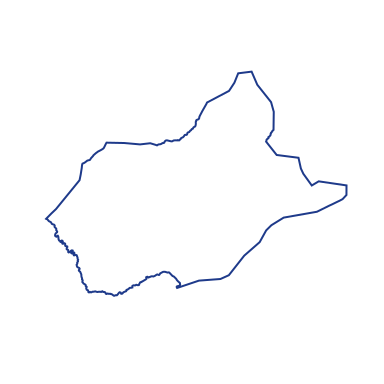 Erdenebu'ren, Hovd, Mongolia (Natural Earth projection), rotated 157°
{"feature_id": "93677404B52597383126449", "entity_name": "Erdenebu'ren", "entity_type": "district", "adm_level": 2, "iso_a3": "MNG", "parent_name": "Mongolia", "parent_adm1": "Hovd", "projection": "natural_earth1", "projection_center": [91.409, 48.452], "detail": "fine", "context": "isolated", "style": "outline", "palette": "blue", "viewbox_px": 384, "rotation_deg": 157, "n_neighbors": 0, "source": "geoboundaries", "source_scale": "gbopen_adm2", "svg_char_len": 6105}
<svg xmlns="http://www.w3.org/2000/svg" viewBox="0 0 384 384"><g transform="rotate(157 192 192)"><path d="M56.2,126.6L51.0,128.9L47.2,137.7L71.2,152.3L79.2,151.2L82.4,165.3L82.6,171.1L80.6,181.9L99.6,193.0L104.1,209.4L103.6,209.8L103.2,210.7L102.7,211.1L102.0,211.4L101.0,211.6L100.7,211.6L100.4,212.0L100.3,212.6L100.0,212.8L99.7,212.8L99.3,212.8L98.9,212.9L98.6,213.1L98.0,213.4L97.7,213.5L97.6,213.8L97.0,214.4L96.8,215.0L96.6,215.2L96.2,215.3L96.1,215.6L95.7,215.8L94.8,216.2L94.5,216.3L94.4,216.6L94.0,216.9L92.7,217.3L85.4,233.9L84.1,243.8L90.0,265.2L90.1,279.5L103.1,283.2L110.3,276.0L118.4,270.6L143.2,268.5L144.5,267.3L150.7,262.6L155.1,259.0L155.8,258.3L156.1,258.0L156.3,257.5L156.7,257.0L157.6,256.4L157.8,256.4L158.3,256.5L159.6,256.5L159.9,256.4L160.3,256.1L160.6,255.4L161.2,255.0L161.8,253.3L162.4,252.3L162.9,251.6L163.5,251.1L164.4,251.1L165.5,250.8L166.0,250.4L166.4,250.0L166.7,249.9L167.3,250.0L167.8,249.9L168.6,249.3L168.9,249.2L169.3,249.2L169.7,249.1L170.3,248.8L171.1,248.3L171.6,248.3L172.5,248.4L173.0,248.2L173.3,248.0L173.9,247.1L174.3,246.8L175.0,246.8L175.9,247.3L176.3,247.3L177.0,247.0L177.7,246.4L179.0,245.9L179.9,245.9L180.6,245.9L181.0,245.8L181.3,245.6L181.7,245.2L182.5,245.1L183.4,244.5L183.9,244.6L184.4,244.9L184.7,245.3L185.2,245.2L187.5,246.2L188.4,246.5L188.9,246.6L190.3,246.4L190.7,246.5L191.4,246.8L194.8,249.3L195.7,249.6L196.1,249.6L196.8,249.4L197.6,249.0L198.2,248.3L198.6,248.2L199.1,248.2L199.5,248.5L200.0,248.5L200.6,248.5L201.1,248.3L201.9,248.3L202.8,248.4L203.9,248.8L205.1,248.8L206.0,248.6L206.4,249.0L207.3,249.8L211.4,253.2L221.2,256.1L235.3,263.6L251.4,270.8L252.7,269.8L253.4,269.2L253.8,268.8L254.9,267.9L255.8,267.1L256.4,266.8L257.3,266.5L258.7,266.3L259.5,266.2L261.8,266.0L262.4,266.0L265.4,265.3L268.4,264.3L269.2,263.7L269.7,263.5L271.7,262.6L273.3,261.5L273.7,261.4L275.2,261.7L276.1,261.8L277.6,261.4L279.2,261.0L279.9,260.9L281.7,260.9L282.3,260.3L283.0,259.2L284.1,257.2L287.8,251.3L290.9,246.8L323.9,229.4L329.8,227.2L336.8,224.3L336.6,224.0L336.1,223.7L335.8,223.3L335.6,222.7L335.4,222.0L335.2,221.3L334.9,220.8L333.8,219.5L333.6,218.9L333.5,217.5L332.7,216.6L331.9,216.0L331.6,215.5L331.5,214.7L332.1,213.8L332.1,213.2L331.6,212.2L331.3,211.3L331.5,210.7L331.9,210.0L331.6,208.5L331.6,208.1L331.9,207.7L332.9,207.4L333.7,207.1L334.3,206.6L334.9,205.8L335.1,205.1L334.9,204.7L334.6,204.4L334.5,204.0L334.2,203.8L333.0,204.3L332.6,204.2L332.5,203.5L332.6,202.8L333.3,200.6L333.3,199.3L332.6,198.3L332.6,197.5L332.4,197.3L332.2,197.4L331.7,198.0L331.4,198.2L330.8,198.2L330.5,197.9L330.3,197.7L330.3,197.2L330.3,196.8L330.4,196.5L330.6,196.3L331.2,196.1L331.4,195.8L331.5,195.2L331.4,195.0L331.1,194.8L330.7,194.7L330.2,194.8L329.6,194.8L329.2,194.4L329.0,194.0L329.0,193.6L329.4,192.9L329.7,192.2L329.6,191.7L328.5,191.0L328.1,190.6L328.2,190.1L328.8,189.8L329.4,189.1L329.7,188.4L329.6,188.0L328.9,187.5L328.7,187.1L328.7,186.7L329.2,185.6L329.4,185.0L329.2,184.6L328.4,184.5L327.5,184.7L326.6,185.1L325.7,185.3L325.0,185.0L324.7,184.7L324.8,184.5L325.8,184.4L326.3,184.1L326.9,183.4L327.0,182.9L326.7,182.5L326.3,182.2L324.7,182.7L324.4,182.6L324.1,182.1L324.1,181.7L325.3,180.9L325.5,180.4L325.5,179.9L324.9,179.6L324.1,179.6L323.5,179.5L323.1,179.1L322.8,178.7L322.9,178.2L323.0,177.4L322.9,176.6L323.4,175.3L323.3,174.1L323.8,173.8L324.0,173.6L324.0,173.0L324.1,172.6L325.2,172.0L325.3,171.5L325.5,171.0L326.1,170.5L326.6,170.2L326.9,168.9L326.9,167.9L326.4,167.1L325.5,166.1L325.4,165.3L325.7,164.9L326.5,164.5L326.8,164.1L326.8,163.6L326.5,162.8L326.1,162.4L326.1,161.2L326.1,159.4L326.7,157.7L326.9,156.7L326.9,155.5L327.4,154.5L327.3,154.1L327.1,153.5L327.3,153.1L327.7,152.7L327.9,152.4L328.0,152.0L328.1,151.8L327.8,151.3L327.7,150.4L327.6,150.1L326.4,148.5L326.3,148.1L326.2,147.8L326.4,147.4L326.6,147.1L326.6,146.8L326.4,146.5L326.2,146.2L326.0,145.9L326.1,145.6L326.7,145.2L327.0,144.8L327.1,144.2L327.0,143.9L327.1,143.3L327.0,143.0L326.7,142.7L326.4,142.5L326.2,142.3L326.2,141.4L326.2,141.0L326.4,140.7L326.5,140.5L326.3,140.0L326.0,139.8L325.5,139.7L325.2,139.9L324.8,139.8L324.5,139.3L324.0,139.0L323.6,139.0L322.8,139.1L322.3,139.0L322.1,138.8L321.1,138.6L320.5,138.4L320.0,138.4L319.6,138.1L319.2,137.7L318.3,137.0L317.8,136.8L317.2,136.7L316.2,136.3L315.8,136.2L315.3,136.0L314.8,135.5L314.5,135.5L313.4,135.7L313.2,135.5L313.1,135.4L313.1,135.1L313.0,134.9L312.6,134.6L312.1,134.3L311.6,134.1L311.2,133.6L311.1,133.4L311.0,133.0L311.1,132.6L311.1,132.2L310.9,131.8L310.7,131.6L310.4,131.5L309.7,131.6L309.3,131.5L308.3,130.7L307.6,130.5L307.0,130.2L306.9,130.0L306.6,130.0L305.6,129.0L304.6,127.2L304.2,126.9L303.9,126.9L303.6,126.8L303.1,126.9L302.6,126.8L302.2,126.7L301.6,126.3L300.9,126.5L298.7,127.7L297.9,128.0L297.0,127.4L296.9,126.8L297.0,126.1L296.6,125.8L296.0,125.7L295.6,125.8L294.9,126.2L294.3,126.5L292.3,126.5L291.7,126.4L291.3,126.5L291.0,126.8L290.8,127.3L290.3,127.5L289.6,127.3L288.1,127.7L287.7,127.7L287.6,127.8L286.9,128.1L286.1,127.9L285.4,127.6L284.9,127.6L284.7,127.5L284.2,127.4L284.0,127.9L283.7,128.6L283.6,128.8L282.7,129.0L282.2,128.9L281.7,128.7L281.1,128.3L280.6,128.2L279.7,128.4L279.4,128.3L279.0,127.9L278.7,127.6L277.5,127.1L277.0,127.2L276.7,127.8L276.0,128.2L275.2,129.0L274.5,129.1L274.0,129.0L273.7,128.8L273.2,129.1L272.4,129.1L270.9,129.3L268.7,129.6L267.7,130.0L267.5,130.8L267.5,131.4L266.8,131.5L266.3,131.5L265.8,131.0L265.5,130.4L265.3,130.2L264.3,130.4L263.6,130.2L262.5,130.3L261.1,129.7L260.5,129.3L259.8,129.3L259.0,129.3L256.9,129.7L256.2,129.7L255.0,128.6L254.5,128.5L254.0,128.8L253.1,129.5L250.0,129.8L249.2,129.6L247.9,129.0L246.6,127.9L246.0,127.4L244.8,127.1L244.4,126.7L242.7,122.2L242.1,121.7L241.7,121.2L240.5,118.3L240.3,116.8L239.9,115.6L239.1,113.8L238.8,113.3L238.7,113.1L238.8,112.6L238.9,112.3L239.1,111.4L239.4,111.1L239.9,110.7L240.6,110.6L241.0,110.8L241.8,110.9L242.7,111.0L243.0,110.9L243.3,110.1L243.2,109.5L220.2,107.7L199.8,100.8L190.6,101.0L168.8,113.0L149.3,119.4L138.7,127.7L131.9,130.4L117.6,132.6L84.7,125.0L71.1,125.8L67.7,125.9L62.2,126.2L59.6,126.3L56.2,126.6Z" fill="none" stroke="#1e3a8a" stroke-width="2"/></g></svg>